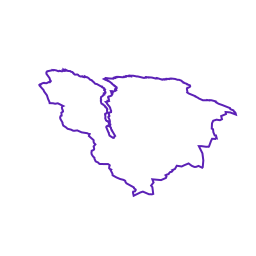 Sykkylven nor, Møre og Romsdal, Norway (Robinson projection), rotated 19°
{"feature_id": "86288312B25663992073727", "entity_name": "Sykkylven nor", "entity_type": "district", "adm_level": 2, "iso_a3": "NOR", "parent_name": "Norway", "parent_adm1": "Møre og Romsdal", "projection": "robinson", "projection_center": [6.578, 62.336], "detail": "fine", "context": "isolated", "style": "outline", "palette": "violet", "viewbox_px": 256, "rotation_deg": 19, "n_neighbors": 0, "source": "geoboundaries", "source_scale": "gbopen_adm2", "svg_char_len": 5718}
<svg xmlns="http://www.w3.org/2000/svg" viewBox="0 0 256 256"><g transform="rotate(19 128 128)"><path d="M225.7,80.2L224.8,78.8L223.8,78.5L223.6,78.0L222.9,77.9L221.9,77.0L219.2,76.9L218.3,76.6L218.0,76.0L209.6,75.6L205.9,75.6L203.1,75.1L203.1,74.8L202.0,74.6L202.0,74.3L197.9,74.6L196.1,75.1L196.1,75.4L193.6,75.8L193.6,76.1L189.8,77.4L185.4,77.0L184.1,76.6L181.4,76.3L181.3,76.0L180.9,76.0L174.2,75.6L172.4,75.1L172.5,74.7L170.9,71.8L171.0,70.7L171.8,70.4L173.1,68.9L173.2,68.2L172.6,67.5L169.7,67.5L169.6,67.2L169.0,67.1L165.8,67.1L165.8,66.8L163.9,66.4L163.3,65.9L160.5,65.8L159.2,66.3L156.5,66.3L152.6,67.2L152.6,67.5L151.1,67.9L151.1,68.3L148.6,68.9L148.6,69.2L148.2,69.2L148.2,69.5L147.8,69.5L147.5,69.9L147.1,69.8L146.9,70.2L146.2,70.2L146.2,70.5L144.4,70.9L144.4,71.2L139.4,71.3L139.4,71.6L138.5,71.6L138.3,72.2L134.3,72.5L131.1,73.3L131.1,73.6L128.9,73.8L128.6,73.9L128.7,74.3L128.0,74.3L127.8,75.0L126.5,75.5L120.3,76.1L119.7,76.4L115.8,76.9L114.1,77.5L114.1,77.8L113.6,77.8L113.9,78.2L111.8,78.4L111.9,78.8L109.4,79.4L109.4,80.1L108.8,80.1L108.8,80.5L107.4,80.9L107.5,81.3L106.3,81.8L101.8,82.9L100.3,83.5L99.5,84.1L100.3,84.1L99.8,84.4L99.8,84.9L98.4,85.4L98.2,86.1L94.0,87.3L90.5,88.0L90.4,88.2L90.5,88.5L90.7,88.9L90.3,89.3L89.5,89.3L89.3,89.5L91.1,89.8L92.7,89.8L92.8,89.5L93.1,89.6L92.9,89.8L94.0,90.1L95.0,90.0L98.3,91.1L98.3,91.3L100.0,92.0L100.6,92.0L100.8,92.3L102.0,92.5L102.0,92.8L103.7,93.1L103.8,93.6L103.9,94.1L104.3,94.1L104.1,95.0L103.6,95.0L104.2,95.1L104.2,95.6L103.9,95.8L103.3,95.8L103.3,94.9L103.2,95.0L103.2,95.8L104.5,96.2L104.0,97.0L103.6,97.0L103.0,97.5L102.7,98.1L101.8,98.8L101.1,98.3L99.8,98.7L100.7,99.7L101.7,100.0L101.2,100.5L102.2,101.3L101.9,102.5L100.9,102.6L101.5,102.7L101.4,103.2L99.8,104.4L99.4,104.5L99.1,104.9L99.1,105.3L99.4,105.9L99.9,106.1L100.9,107.7L100.6,108.2L101.0,108.6L100.0,108.9L100.4,109.4L98.6,110.6L99.5,111.0L100.9,112.3L103.5,113.8L104.5,114.7L105.5,116.2L106.5,117.3L106.8,118.5L104.7,119.9L104.9,120.5L105.6,121.1L105.6,121.8L106.5,122.6L106.5,123.1L105.8,123.9L106.0,124.4L107.7,126.0L108.5,127.2L108.5,127.5L108.3,127.7L108.0,127.6L107.7,128.2L107.4,128.1L108.4,128.7L109.0,128.6L109.1,129.9L109.3,130.2L110.0,130.2L110.3,130.6L110.2,132.3L109.6,132.5L111.3,132.9L111.8,133.3L112.2,134.3L113.6,135.4L113.5,135.7L114.8,136.6L118.4,139.7L118.0,140.2L118.0,141.0L117.6,141.5L117.7,142.0L117.1,142.2L113.0,141.2L111.6,139.4L111.4,138.7L110.7,138.3L107.1,134.2L107.2,133.6L107.8,132.8L108.8,132.4L108.7,131.9L109.6,131.7L109.3,131.1L109.4,130.8L108.9,130.3L109.1,130.2L108.7,130.0L108.7,129.3L108.4,129.0L107.2,128.7L106.5,128.1L105.6,128.3L104.7,127.9L103.3,126.2L103.0,124.7L101.9,122.6L102.1,122.4L101.9,121.9L102.9,121.0L103.1,119.5L102.6,118.6L102.1,117.2L102.3,116.9L102.0,116.5L100.7,115.9L100.9,115.8L100.7,115.6L99.1,115.1L98.8,114.5L97.0,114.1L96.5,113.7L95.1,113.6L94.6,113.1L93.5,111.3L93.3,110.5L93.5,110.2L92.8,109.3L92.5,107.4L93.7,105.9L93.7,105.2L94.5,104.4L94.3,104.3L94.4,104.0L93.8,103.1L94.2,102.8L93.8,102.7L94.8,102.6L94.7,102.2L95.1,101.9L95.1,101.5L94.4,100.9L93.8,99.9L93.2,99.9L93.2,99.1L93.3,99.0L93.0,98.9L93.1,98.7L92.6,98.2L90.2,97.9L89.9,97.6L89.9,97.3L88.6,97.4L84.4,96.6L82.9,96.8L82.1,96.7L81.0,95.9L79.1,95.3L78.9,94.9L77.8,94.6L76.6,94.7L74.5,93.7L72.9,93.3L72.5,93.5L70.2,93.2L70.4,94.0L70.7,94.0L70.4,94.2L67.5,94.4L67.5,94.2L66.2,94.8L64.6,94.6L63.7,94.3L63.9,94.3L63.6,94.0L62.7,93.9L60.5,94.8L59.6,94.6L58.7,94.2L58.8,94.0L58.4,93.7L57.1,93.2L56.0,93.4L54.9,93.0L52.7,93.6L50.5,93.3L50.7,93.7L49.9,93.7L50.2,93.9L49.9,94.1L48.8,93.9L49.3,94.4L48.7,94.5L48.9,94.6L48.9,94.9L47.7,95.1L47.2,95.9L44.4,96.3L44.1,96.8L43.6,97.0L41.3,96.9L38.9,97.3L38.6,97.8L37.5,97.8L37.5,98.1L33.6,100.4L33.7,100.5L33.1,101.0L32.7,101.9L33.2,103.3L37.6,106.4L38.5,107.8L39.6,108.6L39.6,108.9L39.3,109.2L39.6,109.3L39.2,110.2L37.8,110.6L37.2,111.4L36.3,112.2L34.1,112.8L34.1,112.6L34.7,112.4L34.1,112.6L33.0,113.2L32.1,114.0L31.8,114.5L30.6,115.3L30.3,116.1L30.5,116.2L30.3,116.3L30.6,116.7L35.8,119.6L36.7,120.7L40.7,123.5L43.0,126.6L45.2,128.9L45.8,130.0L49.1,129.0L51.2,128.8L53.6,127.5L59.6,128.3L58.9,129.0L58.8,129.4L58.8,130.2L60.1,132.2L60.6,132.4L61.2,133.6L60.0,135.2L61.2,137.9L60.4,138.6L60.3,139.1L60.5,140.4L61.2,141.5L64.4,144.3L64.5,144.9L66.0,146.8L69.2,147.6L71.1,148.4L74.8,148.1L76.7,148.4L77.9,148.2L80.8,146.8L85.6,147.2L91.1,146.2L92.4,146.4L93.7,146.2L93.6,148.3L99.3,150.6L99.7,151.2L99.9,152.2L100.7,153.2L102.5,154.1L101.5,156.6L102.7,158.5L102.9,159.4L101.9,160.7L101.1,161.3L101.5,163.4L102.3,164.8L104.2,166.3L105.9,167.0L106.2,167.9L108.3,170.1L111.1,170.4L112.5,171.2L113.2,171.2L120.8,168.6L122.6,169.0L122.9,169.3L122.9,170.9L123.3,172.2L124.0,172.6L125.6,172.8L125.3,173.5L128.2,176.3L128.8,177.7L133.1,178.5L137.3,178.8L140.5,178.5L142.0,178.7L142.6,178.9L143.1,179.8L144.5,180.8L152.5,182.2L153.0,182.4L153.4,183.1L155.3,183.7L155.5,184.3L155.2,185.6L153.6,186.5L153.7,187.4L155.4,190.2L160.8,184.8L162.8,183.3L169.4,183.8L172.3,182.9L173.3,182.1L170.3,176.0L168.6,174.9L169.9,171.2L167.7,168.6L176.2,166.5L180.1,162.9L180.2,161.3L179.9,160.9L179.5,160.8L179.6,160.3L179.1,160.2L180.2,159.1L181.4,158.4L181.6,157.2L182.3,155.8L183.0,155.6L183.8,154.8L184.2,153.5L183.7,153.3L185.7,151.5L186.4,147.8L191.3,146.9L193.3,144.9L196.8,141.8L200.6,143.0L203.5,143.2L205.0,142.6L207.0,140.9L211.1,141.4L211.4,140.7L209.8,134.2L206.6,127.7L200.9,122.1L203.5,121.2L208.1,120.3L209.2,119.8L210.4,119.5L210.6,118.9L210.7,113.4L211.0,110.8L214.2,109.9L214.4,108.8L215.2,108.8L213.6,106.4L212.4,106.8L210.1,104.2L208.8,101.5L207.4,101.3L205.9,96.2L206.2,93.4L209.0,91.3L212.4,90.7L214.0,89.1L212.2,86.4L216.1,82.9L215.1,81.1L219.5,80.0L225.7,80.2Z" fill="none" stroke="#5b21b6" stroke-width="2"/></g></svg>